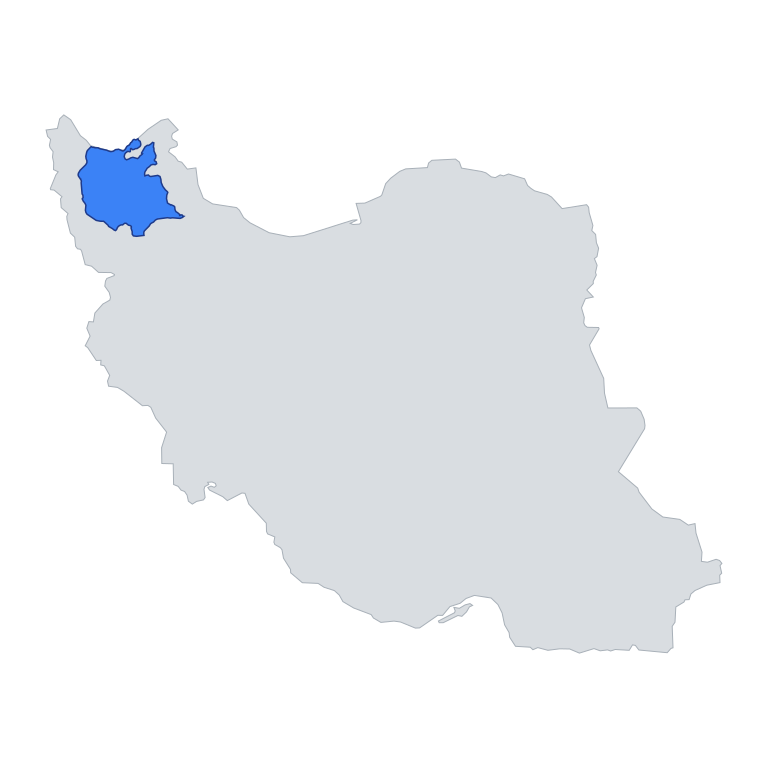 East Azarbaijan highlighted on a map of Iran
{"feature_id": "IRN-3238", "entity_name": "East Azarbaijan", "entity_type": "Province", "adm_level": 1, "iso_a3": "IRN", "parent_name": "Iran", "parent_adm1": "", "projection": "albers", "projection_center": [46.749, 37.961], "detail": "fine", "context": "in_parent", "style": "filled", "palette": "blue", "viewbox_px": 768, "rotation_deg": 0, "n_neighbors": 0, "source": "natural_earth", "source_scale": "10m", "svg_char_len": 6546}
<svg xmlns="http://www.w3.org/2000/svg" viewBox="0 0 768 768"><path d="M356.1,203.4L364.9,203.1L380.5,196.3L381.8,195.0L385.7,183.6L390.7,178.2L399.7,171.4L405.7,168.9L427.4,167.6L428.6,163.0L431.9,160.3L455.5,159.1L459.4,162.1L461.5,168.1L481.7,171.5L486.0,172.9L491.3,176.9L495.4,177.6L500.2,174.9L503.5,175.9L508.5,174.0L524.6,178.8L527.6,185.5L530.8,188.3L534.5,190.8L547.4,194.5L551.5,197.0L562.1,208.6L586.6,204.7L588.6,207.2L589.2,212.7L592.9,225.5L591.8,230.6L595.6,234.4L596.4,242.7L598.6,248.2L597.0,256.6L594.4,258.6L597.1,265.3L595.5,272.5L596.3,275.0L593.2,281.3L593.3,283.6L586.8,290.0L593.3,297.0L585.4,298.7L581.5,307.8L584.3,317.5L583.7,322.8L585.0,325.6L587.3,327.3L598.6,327.5L599.1,328.8L589.5,345.0L590.9,350.5L603.7,378.4L604.5,393.2L607.9,408.0L636.9,407.9L640.7,411.2L644.1,419.2L645.0,425.4L644.6,428.7L618.4,471.7L637.7,488.1L639.1,492.2L651.9,509.0L662.8,517.0L679.8,519.4L688.3,525.1L695.0,523.6L696.0,533.1L702.0,552.1L701.4,561.4L707.5,562.2L716.1,559.3L719.6,560.5L721.9,563.4L720.0,565.6L721.7,573.2L719.7,575.2L720.0,582.6L706.8,585.2L695.0,590.5L690.9,594.0L689.1,599.6L685.0,599.8L684.0,602.0L675.8,607.0L675.0,622.2L672.2,626.3L673.0,647.8L671.0,648.4L667.2,652.7L638.9,650.0L635.4,645.4L632.5,644.9L629.2,650.3L615.2,649.5L610.6,651.0L607.6,649.9L600.2,650.8L594.0,648.6L579.4,653.1L569.7,649.0L559.8,648.8L547.9,650.3L537.8,647.6L532.9,649.7L530.2,647.2L515.5,646.3L509.7,637.3L509.1,632.6L504.6,624.8L502.1,612.9L497.9,604.5L491.1,598.0L474.3,595.4L466.0,598.5L460.1,603.3L449.9,606.6L442.6,615.4L437.8,615.3L419.6,627.9L415.4,628.1L400.5,622.0L394.0,621.1L380.9,622.4L373.4,618.0L371.2,614.6L353.7,608.0L342.9,601.6L339.3,595.1L334.4,590.6L324.1,587.3L318.1,583.4L302.3,582.7L290.7,572.8L290.5,569.4L283.5,558.2L282.0,549.8L280.4,547.7L274.8,544.5L273.9,542.2L274.8,536.9L267.6,533.9L266.5,531.4L266.3,523.2L248.8,504.1L245.0,493.3L241.9,493.0L227.3,500.6L222.8,496.7L209.6,490.1L207.8,487.5L211.0,486.1L214.3,487.3L216.2,485.8L215.4,483.4L212.1,482.0L207.6,482.3L208.9,484.4L204.8,486.6L204.0,489.4L205.1,497.5L203.5,499.9L196.6,501.4L192.3,504.1L188.4,501.2L187.1,495.2L184.6,491.5L181.0,490.1L178.2,486.4L173.6,484.5L173.2,463.8L161.8,463.5L161.6,447.7L166.6,432.1L155.7,418.1L150.8,407.3L147.9,405.4L142.4,405.7L123.9,391.2L117.4,387.4L108.6,386.2L107.5,381.1L109.7,375.4L105.6,368.0L104.3,365.8L100.7,364.9L101.0,360.3L96.3,360.5L87.7,347.6L85.2,345.8L90.1,336.1L86.8,328.2L88.9,321.6L93.4,321.9L94.9,313.0L102.9,304.0L109.8,300.1L110.5,297.4L109.2,292.4L104.8,286.2L105.5,281.0L106.9,278.4L114.2,275.6L114.5,274.5L111.1,272.6L98.5,272.4L91.6,266.2L85.2,264.6L81.6,251.0L80.5,249.3L77.5,248.8L75.6,246.3L74.7,237.2L70.4,233.1L67.0,219.7L66.8,216.4L68.0,213.5L61.2,207.6L60.5,198.8L62.0,196.7L54.1,190.1L50.6,189.7L50.3,188.6L55.9,174.9L58.2,171.8L53.5,169.6L53.7,162.8L52.5,157.1L53.1,151.7L50.1,147.7L49.4,145.3L50.6,139.4L47.6,136.4L46.1,130.0L57.4,128.5L59.7,118.8L63.8,114.9L70.7,119.7L80.4,135.7L86.3,140.3L90.6,145.7L111.9,151.4L116.5,149.7L123.9,150.0L133.1,140.3L137.3,139.0L148.0,129.3L161.2,120.3L168.0,118.8L178.2,129.9L172.5,133.5L171.6,136.3L172.3,139.1L176.9,141.9L177.5,145.1L176.0,146.7L170.1,148.5L168.5,151.8L175.0,156.8L178.2,161.2L181.7,162.2L187.3,169.1L195.9,167.9L198.0,184.6L203.3,198.3L212.6,203.9L236.6,207.6L239.4,210.2L243.6,217.6L250.0,222.8L269.1,232.7L289.8,236.8L303.4,235.7L352.8,220.1L357.4,219.8L350.2,223.4L353.1,224.5L359.5,224.1L360.9,222.7L361.0,220.6L356.1,203.4ZM469.4,606.9L466.5,611.9L461.9,616.3L457.9,615.5L443.2,622.7L439.2,622.7L438.4,621.0L454.6,612.7L455.2,610.8L453.9,607.4L459.4,608.3L465.1,604.9L470.0,603.6L472.6,605.4L469.4,606.9Z" fill="#d9dde1" stroke="#a8b0b8" stroke-width="1"/><path d="M118.4,149.2L118.8,149.3L122.0,150.7L122.6,150.9L123.2,150.9L123.8,150.6L124.3,150.3L124.8,149.9L125.2,149.4L125.6,148.8L126.5,147.0L126.9,146.5L127.4,146.0L129.2,145.1L129.7,144.6L130.3,143.4L130.6,142.8L130.9,142.6L131.4,142.3L131.6,142.1L131.8,141.9L132.6,140.5L133.0,140.0L133.5,139.6L134.0,139.4L134.5,139.4L135.3,139.8L135.8,139.9L136.2,139.8L138.0,138.8L138.3,139.6L138.4,140.0L138.8,140.5L139.8,141.0L140.3,141.8L140.8,144.2L140.7,145.0L140.5,145.7L139.9,146.6L137.2,148.5L135.3,148.7L134.0,149.4L132.7,149.7L131.2,148.5L130.6,148.6L130.5,149.2L130.5,150.3L130.3,151.4L129.9,151.8L128.2,151.4L127.1,151.5L126.8,152.1L125.9,152.6L124.7,154.2L124.2,156.7L125.1,158.9L126.6,159.8L128.8,159.0L130.9,157.8L132.9,157.3L137.6,158.6L138.9,157.5L140.0,155.9L142.0,154.4L142.4,153.9L141.9,153.8L141.5,153.1L145.0,146.9L147.3,145.3L148.6,145.4L150.6,144.2L152.6,142.4L153.8,142.8L153.4,147.3L153.9,148.0L154.0,151.0L155.9,155.5L155.6,158.1L154.4,159.7L154.5,160.8L156.1,161.7L156.7,163.7L155.2,164.7L153.0,164.4L150.9,165.0L149.6,166.4L147.1,168.3L146.1,170.1L145.3,171.2L144.7,172.6L144.6,174.7L144.9,175.9L146.4,175.3L148.4,175.0L149.4,176.0L149.9,176.3L150.8,176.5L157.8,175.4L160.0,176.5L160.9,179.4L161.2,182.5L162.8,186.4L165.3,189.8L167.4,191.7L167.8,192.4L167.4,193.5L166.8,195.0L166.5,198.7L167.5,203.0L170.6,204.9L170.8,204.7L171.5,204.9L173.9,206.0L174.7,206.8L175.0,209.6L175.9,211.6L177.8,212.8L178.5,213.5L180.0,214.7L179.9,214.9L179.7,215.5L180.0,215.5L180.2,215.1L180.7,215.0L181.8,214.9L182.3,215.1L182.7,216.0L183.0,216.0L183.5,216.2L183.9,216.3L183.5,216.6L182.4,217.5L180.1,218.4L172.5,217.8L170.4,218.1L167.4,217.7L157.5,219.0L156.4,219.5L155.3,220.1L153.6,222.0L151.5,223.1L150.5,223.8L149.2,226.0L144.4,230.9L143.8,232.2L143.8,234.1L144.0,235.4L136.5,236.3L133.4,235.9L132.2,234.2L132.2,231.6L131.0,227.9L131.4,227.3L131.3,226.4L130.3,225.6L128.6,225.2L127.4,224.4L126.4,223.4L124.9,223.2L123.6,224.0L122.7,224.9L121.9,224.8L120.4,225.1L118.4,226.3L117.4,227.6L116.9,228.8L116.8,229.1L116.3,229.9L115.4,230.6L113.9,229.9L112.5,228.7L108.6,226.4L108.1,225.3L103.7,221.3L100.3,221.2L96.2,220.4L87.0,214.2L85.9,212.4L85.4,210.3L85.9,205.3L85.1,203.5L83.1,200.9L82.9,200.2L82.4,199.4L82.2,198.8L82.4,198.3L82.7,198.1L83.0,197.9L83.1,197.7L82.9,195.3L82.8,195.1L82.7,194.8L82.1,194.0L81.2,183.2L81.2,181.9L81.3,181.7L81.4,181.1L81.2,180.4L81.0,180.0L80.8,179.8L80.6,179.5L80.6,179.0L80.4,179.0L78.5,176.2L78.1,174.9L78.4,173.2L80.2,170.2L85.7,164.8L86.9,162.7L86.9,160.7L86.1,158.6L85.8,156.3L86.7,152.1L87.4,150.5L90.9,146.9L91.1,146.7L91.6,146.8L92.2,147.2L92.4,147.2L92.6,147.3L93.4,147.3L95.2,147.8L98.0,147.8L99.5,148.5L100.2,148.8L106.7,150.2L108.8,151.1L110.6,151.6L110.9,151.6L112.9,151.3L113.5,151.1L115.1,149.9L115.7,149.6L116.1,149.5L117.3,149.5L118.1,149.2L118.4,149.2Z" fill="#3b82f6" stroke="#1e3a8a" stroke-width="1.5"/></svg>